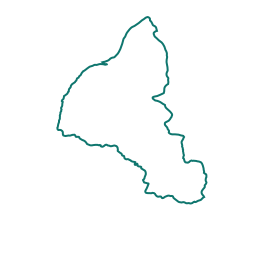 the district of Contadero, Nariño, Colombia, rotated 67°
{"feature_id": "7082276B82030364647033", "entity_name": "Contadero", "entity_type": "district", "adm_level": 2, "iso_a3": "COL", "parent_name": "Colombia", "parent_adm1": "Nariño", "projection": "natural_earth1", "projection_center": [-77.512, 0.928], "detail": "fine", "context": "isolated", "style": "outline", "palette": "teal", "viewbox_px": 256, "rotation_deg": 67, "n_neighbors": 0, "source": "geoboundaries", "source_scale": "gbopen_adm2", "svg_char_len": 5775}
<svg xmlns="http://www.w3.org/2000/svg" viewBox="0 0 256 256"><g transform="rotate(67 128 128)"><path d="M221.3,84.9L220.1,85.0L218.5,85.5L217.5,85.7L216.5,85.6L215.7,85.3L215.0,84.8L214.4,84.0L213.5,82.5L212.9,81.2L212.5,80.6L212.2,80.3L211.2,80.0L210.7,79.7L209.8,78.0L209.1,77.3L208.6,77.0L207.5,77.1L206.7,77.0L206.1,76.8L204.6,75.9L203.8,75.0L202.0,74.3L201.4,74.2L201.2,74.2L199.9,75.1L199.0,75.5L198.9,75.6L197.7,74.9L196.2,74.7L194.6,74.2L191.7,73.8L189.6,73.8L188.2,74.2L187.3,75.0L186.6,75.8L185.6,77.4L185.0,78.1L183.7,80.5L183.5,81.4L182.9,82.1L182.7,82.4L182.8,84.1L183.2,84.9L183.3,86.4L182.3,88.2L181.9,88.6L180.9,88.9L178.1,88.6L177.3,89.0L176.0,88.2L175.0,87.2L174.7,87.1L173.3,87.0L172.4,86.7L170.7,86.4L169.9,85.9L169.7,85.8L169.1,85.9L168.8,85.7L167.3,85.4L166.3,85.5L165.3,84.9L163.8,84.6L162.7,84.5L161.6,84.0L161.3,83.7L159.5,81.3L159.1,81.1L158.2,79.9L156.9,80.2L156.6,80.5L155.4,82.3L154.4,83.4L153.8,84.2L152.2,87.2L151.1,89.8L150.4,90.8L149.7,91.5L148.5,92.2L148.0,92.2L147.5,91.8L146.7,91.4L145.9,91.5L144.2,91.9L143.4,91.7L142.5,91.8L140.5,92.5L139.6,92.7L138.8,92.6L138.1,92.2L137.8,92.0L137.5,91.4L137.2,87.7L136.5,86.3L136.3,85.9L135.5,84.8L134.8,83.6L134.2,83.2L133.6,82.5L132.7,82.1L132.1,82.1L131.1,82.3L129.2,82.9L124.7,85.0L123.5,85.3L123.0,85.3L121.8,85.2L121.2,85.0L119.6,86.3L116.8,88.1L115.5,89.3L114.4,90.5L113.3,92.2L111.2,93.4L110.7,93.6L110.0,93.6L109.5,93.3L109.4,93.0L109.3,92.3L109.5,90.9L110.0,88.6L110.0,85.0L109.9,82.2L109.8,81.4L108.3,80.3L106.4,79.4L105.5,78.9L104.6,78.0L103.8,76.6L103.3,74.9L103.2,73.9L101.5,72.9L99.4,72.3L98.1,71.5L97.5,71.4L96.5,71.7L95.3,71.9L94.8,71.9L93.4,71.5L92.7,71.1L91.9,70.4L90.9,69.3L90.3,68.9L87.4,67.9L83.3,67.0L82.2,66.7L80.2,65.7L78.4,64.5L77.9,64.2L76.3,63.9L74.9,63.2L73.8,62.9L73.2,62.9L72.4,62.8L70.9,63.0L67.4,62.7L64.5,63.0L62.4,63.6L59.3,65.4L56.4,66.6L54.6,67.5L53.8,67.7L51.5,67.6L50.8,67.3L50.5,67.1L50.1,66.3L49.8,64.9L49.8,63.8L49.9,63.4L46.4,62.9L45.9,63.0L44.8,63.5L43.5,64.6L42.8,64.9L41.0,64.9L39.2,65.1L37.6,65.7L35.8,65.1L35.3,65.2L34.5,65.6L33.7,66.3L33.5,66.7L33.4,67.6L33.4,68.7L34.0,70.9L34.3,72.9L35.6,77.1L36.4,81.1L36.6,82.2L36.7,84.7L36.9,85.7L37.2,86.6L37.8,88.0L39.5,91.1L40.3,92.3L41.4,93.5L42.8,94.9L44.0,97.0L44.6,97.6L48.2,100.4L52.2,104.1L54.5,106.8L55.6,108.4L57.3,112.3L57.5,113.0L57.4,113.9L57.1,115.0L57.1,116.1L57.3,117.4L57.8,118.5L58.1,120.2L58.1,120.8L58.0,121.4L58.0,123.3L57.7,124.4L57.5,125.8L60.0,124.6L60.4,123.9L60.8,122.8L60.9,122.7L61.1,122.7L61.0,123.6L60.8,124.3L59.6,125.9L58.3,128.5L58.0,129.6L57.7,132.2L56.9,133.8L56.8,134.4L56.9,135.8L56.9,136.6L56.6,139.0L56.7,139.9L57.3,142.5L57.7,143.9L58.0,145.1L58.2,146.0L58.2,147.0L58.6,147.6L58.9,148.4L59.6,149.5L60.5,150.5L60.9,151.1L61.3,152.7L62.3,153.8L62.4,155.3L62.5,155.6L64.1,157.0L64.6,158.3L65.1,158.9L65.8,162.3L66.5,163.6L67.0,164.2L67.7,164.6L68.1,165.0L68.4,165.5L68.9,166.7L70.0,167.7L71.1,168.2L71.3,168.4L71.3,168.9L72.6,170.3L72.8,170.8L73.5,173.5L73.6,174.4L74.9,175.2L75.9,175.9L76.3,176.8L76.6,177.7L76.9,178.0L77.3,178.4L77.7,178.4L78.5,177.9L80.0,179.0L81.5,179.7L81.9,180.0L82.5,180.5L82.9,181.2L83.5,181.8L85.1,182.0L85.5,182.6L86.3,182.8L86.6,183.1L87.2,184.1L87.6,184.3L88.4,184.6L89.9,185.9L90.7,186.1L91.4,186.5L92.6,187.0L93.2,187.4L94.0,188.4L94.4,188.7L95.6,189.2L97.1,190.6L99.8,192.4L100.3,193.0L100.8,193.0L101.1,193.2L101.4,193.3L102.0,193.2L102.5,193.0L102.7,192.7L103.3,191.1L103.9,190.4L105.2,189.7L106.2,189.6L106.8,189.8L108.0,190.3L109.0,190.5L109.6,190.4L110.4,189.5L111.0,188.6L111.7,185.6L112.0,185.2L112.4,184.1L112.6,181.9L113.0,180.7L113.3,179.9L113.6,179.7L113.9,179.6L114.9,179.4L115.4,179.5L115.8,179.3L116.2,178.6L116.5,177.5L116.8,177.0L117.2,176.6L117.5,176.5L118.3,176.6L119.1,176.3L119.9,175.7L121.4,174.6L122.0,173.8L123.6,172.7L125.1,172.2L126.8,171.9L128.9,169.8L129.3,169.3L129.9,168.0L130.1,166.9L130.8,164.5L131.6,162.7L132.4,161.7L132.6,160.7L132.8,160.4L133.2,160.0L133.4,159.9L134.1,160.2L134.6,159.8L135.0,159.3L135.3,158.7L135.3,157.9L135.1,156.8L134.8,156.0L134.8,154.7L135.0,154.4L135.3,154.0L136.2,153.4L137.0,152.1L137.8,151.4L138.1,150.8L138.3,150.1L138.7,147.7L139.0,147.0L139.4,146.6L140.0,145.9L140.4,145.6L141.6,145.3L142.1,145.3L144.0,145.8L144.8,146.3L145.1,146.4L145.4,146.3L147.7,145.0L148.8,144.2L149.3,144.0L150.3,144.1L151.0,144.0L151.3,143.8L152.0,142.8L152.5,142.6L154.3,143.0L155.0,142.8L155.8,142.2L156.1,141.8L156.3,141.5L156.4,140.8L156.7,140.2L156.9,139.9L157.3,139.5L158.0,139.2L158.6,138.4L159.1,138.1L159.4,138.1L160.1,137.6L160.8,136.8L162.1,134.8L162.4,134.6L162.7,134.7L163.5,135.7L163.7,135.9L164.3,136.0L164.7,135.9L165.0,135.2L164.5,133.9L164.6,133.5L165.1,133.4L166.5,133.9L167.1,133.6L167.7,132.9L168.5,131.5L168.8,131.2L169.2,131.1L170.0,131.5L170.5,131.5L173.7,129.2L174.5,129.0L175.5,129.0L176.2,129.2L176.9,129.4L177.7,129.8L179.8,131.9L180.7,132.5L181.5,133.6L181.6,134.3L181.8,134.5L183.2,134.5L184.4,134.4L185.0,133.7L185.8,132.6L186.3,132.1L186.8,131.3L187.1,130.9L187.3,130.9L187.9,131.3L188.8,132.3L189.1,132.5L191.1,134.6L191.9,135.7L192.6,136.5L193.2,136.9L193.8,137.0L194.4,136.9L194.9,136.5L195.7,135.2L196.9,132.5L197.2,131.8L197.2,131.0L198.0,129.6L199.1,128.9L200.6,128.7L201.6,128.3L201.8,128.3L202.2,128.0L203.0,127.2L203.5,125.4L203.9,124.6L204.2,124.4L205.6,124.1L206.0,123.7L206.2,122.6L205.8,120.9L205.8,119.0L205.9,117.7L206.2,116.8L207.3,115.4L207.6,114.4L207.9,113.9L208.2,113.6L208.6,113.4L210.1,113.4L211.0,113.0L215.6,110.4L216.2,109.8L217.5,107.8L217.7,106.6L218.0,105.7L218.7,104.9L219.9,103.9L220.3,103.2L220.9,101.3L221.3,100.8L221.8,100.2L222.1,99.2L222.2,98.0L221.8,96.7L221.8,96.0L221.8,95.7L222.2,95.5L222.4,95.1L222.6,94.3L222.4,91.8L222.6,90.0L222.6,88.9L221.5,86.2L221.3,85.4L221.3,84.9Z" fill="none" stroke="#0f766e" stroke-width="2"/></g></svg>